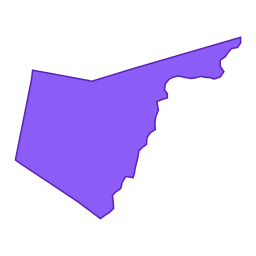 Jaramataia, Alagoas, Brazil (Robinson projection)
{"feature_id": "56859067B61985123547566", "entity_name": "Jaramataia", "entity_type": "district", "adm_level": 2, "iso_a3": "BRA", "parent_name": "Brazil", "parent_adm1": "Alagoas", "projection": "robinson", "projection_center": [-36.959, -9.661], "detail": "fine", "context": "isolated", "style": "filled", "palette": "violet", "viewbox_px": 256, "rotation_deg": 0, "n_neighbors": 0, "source": "geoboundaries", "source_scale": "gbopen_adm2", "svg_char_len": 825}
<svg xmlns="http://www.w3.org/2000/svg" viewBox="0 0 256 256"><path d="M100.5,218.7L104.8,215.3L109.1,212.7L113.6,208.4L113.2,201.9L112.4,195.4L115.9,191.9L120.8,188.4L122.2,182.4L125.9,176.4L133.0,177.7L134.4,173.4L135.0,169.1L136.2,164.1L137.6,158.5L138.9,150.9L142.7,147.1L146.5,144.4L147.0,137.5L150.3,132.8L155.3,129.4L154.9,123.7L155.5,117.5L158.4,110.0L156.9,101.6L162.2,99.5L167.4,97.9L167.3,93.5L164.5,89.9L165.3,83.9L169.0,79.3L172.5,77.4L178.2,76.0L185.9,77.6L191.2,78.5L195.6,77.8L200.7,76.4L205.7,77.4L209.9,77.6L214.2,79.0L220.3,76.9L223.9,71.6L220.3,66.4L220.3,60.1L225.2,56.8L228.3,52.2L231.6,48.5L237.5,47.5L240.6,43.0L240.6,37.3L135.8,67.8L91.6,81.3L87.9,80.4L32.6,70.2L31.6,79.0L22.5,124.5L19.8,137.7L15.4,160.0L21.7,164.4L78.1,201.9L100.5,218.7Z" fill="#8b5cf6" stroke="#5b21b6" stroke-width="1.5"/></svg>